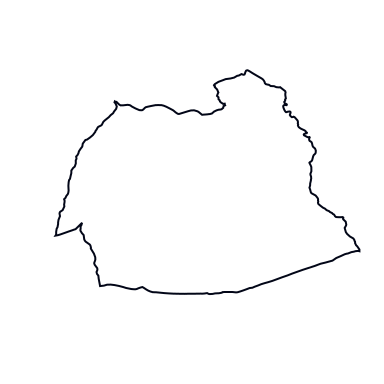 Dekese, Kasaï-Occidental, Democratic Republic of the Congo, rotated 253°
{"feature_id": "63176286B23528212594514", "entity_name": "Dekese", "entity_type": "district", "adm_level": 2, "iso_a3": "COD", "parent_name": "Democratic Republic of the Congo", "parent_adm1": "Kasaï-Occidental", "projection": "robinson", "projection_center": [21.532, -3.234], "detail": "fine", "context": "isolated", "style": "outline", "palette": "ink", "viewbox_px": 384, "rotation_deg": 253, "n_neighbors": 0, "source": "geoboundaries", "source_scale": "gbopen_adm2", "svg_char_len": 5863}
<svg xmlns="http://www.w3.org/2000/svg" viewBox="0 0 384 384"><g transform="rotate(253 192 192)"><path d="M247.8,82.9L245.3,82.1L242.8,80.6L240.3,79.2L239.3,77.9L237.4,76.9L236.9,76.7L234.1,75.6L229.4,74.4L227.3,73.4L226.2,72.5L225.0,70.7L223.4,69.3L222.5,67.6L220.8,67.6L219.5,67.1L217.3,66.0L215.5,65.7L212.5,63.0L211.6,60.1L210.9,59.4L210.1,59.0L207.5,58.7L204.4,56.2L201.9,55.0L200.5,54.6L198.5,53.5L197.8,53.2L196.4,51.8L193.5,50.4L191.1,49.7L190.2,48.7L189.9,51.2L189.9,53.5L190.0,56.0L190.1,58.4L190.2,60.7L190.3,62.9L190.4,66.3L190.5,68.1L190.5,69.3L190.5,69.8L194.7,77.9L192.6,76.5L192.1,75.9L191.6,75.4L189.3,74.7L188.5,74.2L187.6,74.0L184.8,74.7L182.5,75.8L178.2,75.1L176.8,75.3L175.6,75.8L171.6,78.9L170.5,79.2L168.4,79.1L167.5,78.7L161.7,80.2L159.5,80.3L158.0,80.4L155.9,79.9L154.8,79.3L153.0,77.9L152.2,77.6L150.8,77.7L146.9,79.1L145.6,78.9L144.8,78.5L143.5,77.4L143.4,77.3L141.5,77.2L139.4,78.0L136.3,77.4L128.9,76.6L128.2,80.5L128.2,83.6L127.2,87.2L125.6,90.8L123.5,94.7L121.1,98.6L119.5,100.9L116.9,105.7L116.0,108.0L115.5,109.6L115.4,110.9L115.6,112.5L115.7,114.9L115.6,116.8L114.3,118.0L112.1,119.8L110.5,121.3L109.0,123.1L107.6,125.3L106.7,128.1L104.9,132.4L103.4,136.0L101.9,139.9L100.4,144.0L99.3,147.3L97.9,151.6L96.7,155.4L95.5,159.8L94.3,163.5L93.1,167.8L92.3,170.5L91.7,172.3L91.3,174.1L90.9,176.9L89.7,178.1L89.2,179.1L88.5,182.0L88.3,184.4L87.3,188.2L87.0,190.8L87.1,191.8L87.3,191.9L87.3,192.3L84.6,201.3L83.1,204.8L82.8,206.4L82.8,209.3L82.9,212.5L83.1,216.3L83.3,219.0L82.8,221.8L83.1,224.2L83.2,226.0L83.3,228.0L83.6,231.3L83.6,234.7L83.5,238.4L83.5,242.8L83.8,248.2L84.1,253.3L84.3,259.0L84.7,264.0L84.9,268.4L85.2,275.2L85.3,280.9L85.4,287.5L85.8,294.0L85.5,299.0L85.4,302.7L85.3,306.3L86.7,310.7L87.2,315.4L87.8,319.8L87.8,321.9L87.6,323.1L87.9,326.8L87.6,329.4L87.6,331.1L87.1,333.7L86.4,334.8L88.1,335.3L91.2,334.3L91.8,334.1L92.2,333.9L93.0,333.4L95.6,333.0L96.2,333.3L97.0,333.4L97.8,333.1L98.8,333.2L100.4,332.7L103.3,330.0L106.7,328.0L108.1,327.6L108.3,327.5L108.7,327.4L113.0,327.5L114.9,329.5L115.7,330.0L118.7,330.3L121.7,328.6L122.1,328.7L122.5,328.7L123.0,329.2L123.4,329.2L123.9,328.8L124.0,328.7L124.4,326.9L125.5,323.5L126.0,322.4L127.0,321.7L127.5,321.6L128.8,321.3L129.8,320.3L130.9,319.8L132.6,318.0L133.6,317.5L135.3,315.4L137.2,314.3L138.8,312.6L141.5,310.7L143.5,309.4L144.1,309.3L145.1,309.4L146.0,310.0L147.1,310.0L147.5,310.2L147.9,310.4L148.9,310.5L150.0,310.2L152.5,309.2L155.8,306.0L156.2,305.8L156.7,305.6L156.9,305.6L158.0,305.6L159.8,305.7L161.8,305.6L162.2,305.9L163.8,306.9L165.6,307.5L168.3,309.1L168.8,309.2L169.6,309.7L169.9,309.9L172.0,310.4L173.5,310.3L174.7,310.5L176.9,312.2L178.9,312.8L181.0,313.4L182.5,313.3L185.6,312.8L186.0,313.3L186.5,315.2L187.3,316.2L190.7,318.3L191.8,319.3L192.2,320.2L192.6,321.0L193.3,321.7L195.3,322.5L197.5,322.4L199.8,321.0L201.0,320.8L203.4,321.0L204.6,320.9L205.6,320.3L206.4,319.5L207.0,319.3L208.2,319.4L208.6,319.6L208.9,319.7L209.2,320.0L209.7,320.5L210.2,320.4L210.3,319.4L210.7,318.5L213.5,315.7L214.3,315.7L214.7,316.2L214.8,317.2L214.7,318.9L215.2,319.2L215.8,318.6L217.0,318.4L218.1,317.6L219.6,315.9L220.9,314.5L221.9,313.7L222.8,313.1L223.9,312.8L224.9,312.8L225.6,313.3L226.7,313.2L227.6,313.7L228.9,313.9L229.9,313.7L230.5,313.4L233.4,312.1L234.3,311.2L234.2,310.3L234.4,309.3L235.2,308.8L235.8,308.4L237.1,308.1L238.9,309.4L239.6,309.6L240.3,309.2L240.5,308.8L240.8,307.0L240.7,305.8L240.9,305.2L241.9,304.7L243.6,304.3L245.9,304.1L246.9,304.2L247.0,304.2L247.5,304.4L247.8,304.6L248.2,305.6L247.6,307.4L247.4,307.8L247.7,308.2L248.2,308.2L249.9,306.6L250.4,306.6L251.1,306.5L251.3,306.8L251.7,307.3L252.1,307.8L253.3,308.1L254.0,309.1L257.1,309.5L258.6,309.9L259.9,310.6L261.2,310.6L266.5,306.9L266.5,306.0L267.6,303.3L269.2,301.4L270.3,298.3L272.1,296.8L272.6,295.7L273.6,294.1L274.9,293.5L276.0,293.6L277.4,293.3L278.8,292.8L280.2,291.8L281.7,290.4L284.7,287.6L285.9,286.5L287.2,285.3L288.8,283.9L290.1,282.8L291.2,281.8L291.8,281.2L292.3,280.4L292.2,279.2L291.6,278.6L290.7,277.8L289.9,277.4L289.0,276.5L289.1,275.4L290.3,273.8L289.7,270.9L289.9,269.1L289.1,265.8L289.3,262.0L290.1,257.2L289.9,254.5L289.7,251.0L289.6,249.5L288.5,245.4L287.9,244.5L287.7,244.2L287.1,244.3L286.5,244.9L285.6,244.5L282.7,246.0L279.4,246.3L279.0,245.8L276.6,244.0L274.8,245.0L272.9,244.5L271.5,245.3L270.4,245.2L269.9,245.5L269.4,245.7L267.2,247.5L266.9,249.1L265.9,248.9L265.2,249.0L265.0,247.5L264.9,247.5L264.1,246.8L263.3,246.4L263.2,246.0L263.0,245.6L262.6,244.8L262.5,244.2L262.5,243.9L262.5,243.5L262.7,242.7L262.7,242.4L262.8,242.0L262.9,241.6L262.9,239.8L262.9,239.3L262.8,238.9L262.7,238.0L262.6,237.6L262.5,237.1L262.5,236.7L262.3,236.3L261.4,234.3L261.2,233.9L261.3,233.1L261.3,232.7L261.3,231.9L261.4,231.5L261.5,231.0L261.6,230.6L261.7,229.7L261.8,229.3L262.0,228.4L262.1,227.9L262.3,227.0L262.4,226.6L262.5,226.1L262.6,225.7L262.9,224.2L266.8,221.6L267.8,220.5L268.7,219.1L269.5,217.9L270.3,214.8L270.4,211.9L270.4,209.8L270.4,207.7L270.4,202.6L270.7,201.6L271.8,200.5L273.1,199.5L274.7,198.5L275.8,197.7L278.5,195.0L281.0,192.4L282.8,190.2L284.0,188.2L284.9,185.4L285.7,182.7L286.2,178.1L286.5,174.6L286.6,172.6L286.2,171.4L285.5,170.2L284.8,168.6L285.0,167.4L285.7,165.6L288.4,162.4L289.8,161.0L291.3,159.5L292.8,158.4L293.4,157.6L294.2,155.9L295.0,151.6L295.7,149.1L296.7,148.1L298.0,147.3L299.6,146.5L300.3,146.1L300.8,145.0L301.2,144.7L300.4,144.1L299.8,144.4L299.2,144.7L295.8,145.1L293.7,143.8L291.7,140.9L290.5,139.7L290.2,139.1L289.3,136.7L287.9,134.4L285.9,129.4L285.0,127.7L282.6,125.4L282.2,124.5L281.7,121.4L281.2,120.6L279.6,119.0L278.6,117.6L277.8,117.1L275.4,113.8L273.9,110.3L272.8,106.9L272.9,105.3L270.2,101.7L267.8,100.5L267.4,100.2L265.9,98.1L263.9,95.7L262.2,94.7L260.7,93.2L259.8,91.6L257.7,91.3L257.1,90.9L256.3,90.1L253.2,89.2L250.6,87.3L249.7,85.3L247.8,82.9Z" fill="none" stroke="#020617" stroke-width="2"/></g></svg>